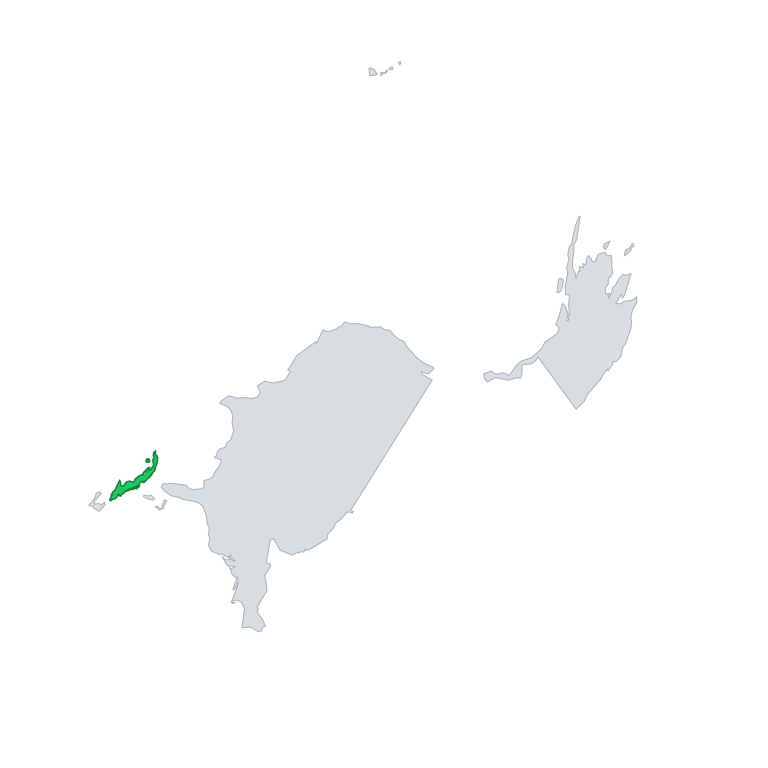 Cuba highlighted among its neighbors, rotated 122°
{"feature_id": "CUB", "entity_name": "Cuba", "entity_type": "country or territory", "adm_level": 0, "iso_a3": "CUB", "parent_name": "North America", "parent_adm1": "", "projection": "natural_earth1", "projection_center": [-79.329, 21.523], "detail": "fine", "context": "with_neighbors", "style": "filled", "palette": "green", "viewbox_px": 768, "rotation_deg": 122, "n_neighbors": 3, "source": "natural_earth", "source_scale": "50m", "svg_char_len": 8318}
<svg xmlns="http://www.w3.org/2000/svg" viewBox="0 0 768 768"><g transform="rotate(122 384 384)"><path d="M355.1,345.2L508.3,345.2L508.6,342.5L510.4,342.5L511.1,346.4L512.8,347.5L522.2,349.1L527.5,351.3L532.0,350.4L540.6,352.2L545.7,350.2L564.9,360.1L565.4,362.0L566.7,362.7L566.4,363.4L569.0,362.9L570.3,365.7L572.7,366.6L572.0,367.9L577.8,371.2L580.0,384.0L574.2,394.7L574.7,396.5L576.7,397.7L598.2,389.1L596.9,384.7L599.5,383.6L610.3,383.6L612.1,380.8L621.2,373.7L640.3,373.6L640.8,371.9L644.9,370.4L648.3,361.6L652.4,356.2L654.3,358.1L658.0,356.9L660.6,358.9L661.0,368.7L666.0,375.1L648.5,383.2L644.7,389.1L644.8,392.9L646.8,396.7L649.2,396.9L648.5,394.3L650.3,395.9L649.9,397.9L633.2,401.0L628.4,403.0L636.9,401.7L638.6,403.1L630.6,405.2L626.9,405.2L627.0,404.4L625.3,406.4L627.0,406.7L625.9,411.9L621.7,417.5L621.3,415.6L618.1,413.4L619.3,417.4L620.8,418.7L620.9,421.4L615.9,430.1L617.1,424.8L614.1,422.0L613.3,416.0L612.2,419.1L613.5,423.7L609.6,422.6L613.7,424.9L614.0,431.9L615.7,432.4L617.2,442.2L613.5,447.6L607.4,449.8L603.6,454.1L600.6,454.6L597.6,457.2L596.7,459.7L590.2,464.4L584.0,472.3L583.0,477.5L584.1,482.5L588.7,494.0L588.7,497.2L591.6,505.6L591.1,513.4L589.6,517.9L587.8,518.8L584.8,517.9L583.8,514.7L581.5,513.0L574.7,498.3L575.9,493.4L574.3,489.4L569.6,483.3L567.3,482.1L561.2,485.5L557.3,481.7L553.5,479.9L546.7,480.8L541.4,480.0L534.3,481.6L535.3,483.6L535.2,486.6L536.4,488.0L535.2,489.0L533.0,487.9L530.7,489.3L526.3,489.0L522.0,485.2L516.7,486.1L512.4,484.4L503.5,486.6L497.8,492.0L491.6,495.2L488.2,498.7L486.7,502.0L486.4,507.0L487.6,513.0L485.2,513.3L476.3,509.4L473.7,500.8L470.3,496.6L465.7,487.3L461.6,484.4L456.7,484.6L452.5,490.3L447.7,488.2L444.7,485.9L441.7,478.1L433.4,470.0L423.1,470.0L422.8,473.0L406.2,473.0L384.3,464.3L385.0,462.9L370.5,464.3L369.9,460.5L366.5,456.3L363.8,455.4L363.4,453.3L360.1,453.0L358.2,451.0L352.8,450.3L351.4,449.1L351.2,445.1L346.4,437.7L342.9,427.6L343.4,425.9L337.5,417.4L337.6,411.5L335.2,407.5L337.4,401.5L338.2,395.3L337.3,389.8L340.7,383.0L344.4,370.0L345.2,360.4L343.7,351.0L344.6,349.6L352.2,352.0L353.9,358.7L355.6,356.8L355.1,345.2ZM303.6,207.7L279.5,267.7L284.4,267.9L288.8,269.7L294.5,277.0L300.8,273.3L306.7,271.1L308.3,274.6L314.7,280.3L319.6,292.9L327.4,297.2L326.4,301.5L322.5,304.8L316.2,300.0L316.4,294.1L311.2,288.6L310.4,282.2L297.2,281.6L291.8,279.7L283.4,272.8L270.8,269.2L263.5,269.7L249.6,263.9L243.4,265.3L242.5,269.9L233.0,271.7L221.2,275.3L222.1,271.4L227.2,264.9L233.5,262.9L232.8,261.2L224.7,264.9L219.3,269.3L209.8,274.0L212.2,277.3L205.3,282.1L192.3,287.0L189.8,290.0L180.0,293.5L177.0,296.6L169.6,299.6L166.1,299.0L148.5,305.6L138.4,307.5L138.1,306.4L158.8,297.3L165.8,296.6L169.6,293.8L178.7,289.7L185.4,286.0L188.5,280.9L192.9,276.9L186.0,278.9L184.9,277.8L180.9,280.2L179.1,276.8L176.6,279.2L176.2,275.9L169.8,278.6L166.6,278.6L168.0,274.6L170.1,272.2L168.0,269.8L160.6,271.1L155.2,266.4L157.1,262.6L154.6,259.8L158.6,256.1L164.6,252.4L168.2,249.1L172.5,248.6L175.4,249.7L181.1,246.5L184.4,247.1L189.3,245.1L189.9,242.2L187.7,241.0L192.7,238.5L183.6,240.0L181.3,241.4L178.2,240.0L170.7,240.7L164.3,239.2L163.7,236.6L159.6,232.9L180.7,227.2L184.7,227.2L182.3,230.3L192.8,230.1L191.0,226.2L186.3,223.8L181.6,218.0L176.2,216.0L180.9,212.8L189.5,212.6L197.2,209.8L200.1,206.8L206.6,203.9L222.1,200.5L226.2,200.9L235.3,197.7L241.6,198.9L243.5,201.7L246.2,200.5L254.0,200.9L252.9,202.3L259.6,203.3L264.7,202.7L285.7,206.0L292.5,205.0L303.6,207.7ZM134.6,245.0L137.0,246.2L140.5,245.5L148.0,248.1L142.6,250.2L138.4,247.6L133.7,248.0L132.9,247.4L134.6,245.0ZM127.1,555.4L130.2,559.5L124.3,563.9L122.9,562.8L122.6,558.1L124.2,556.1L124.4,554.0L127.1,555.4ZM124.0,550.4L121.3,551.8L119.8,549.2L120.5,548.6L124.0,550.4ZM119.8,547.4L119.5,548.2L116.2,547.9L116.8,547.0L119.8,547.4ZM112.5,543.4L114.4,546.3L114.0,546.7L111.5,546.4L110.7,544.4L112.5,543.4ZM104.8,539.8L103.8,542.2L102.0,540.9L103.4,539.6L104.8,539.8ZM149.0,267.2L152.8,267.8L151.9,270.3L148.3,271.4L143.3,268.3L149.0,267.2ZM210.0,283.3L213.3,283.7L214.7,285.8L202.5,291.6L200.5,289.9L201.0,286.7L210.0,283.3Z" fill="#d9dde1" stroke="#a8b0b8" stroke-width="1"/><path d="M643.0,558.0L643.1,564.8L641.6,566.1L643.2,568.2L643.1,570.2L639.0,569.0L632.3,569.0L629.4,570.3L626.1,568.1L626.6,565.7L637.0,567.3L639.2,565.7L636.4,562.5L636.4,559.7L632.5,558.6L633.8,556.6L643.0,558.0Z" fill="#d9dde1" stroke="#a8b0b8" stroke-width="1"/><path d="M598.1,506.3L605.0,505.9L605.2,507.8L598.5,509.0L598.1,506.3ZM605.3,504.5L610.1,507.8L609.1,513.0L608.0,512.0L608.1,508.2L605.3,504.5ZM602.9,517.9L604.8,518.2L606.9,524.2L607.0,528.5L605.5,528.8L603.9,524.6L601.6,522.5L602.9,517.9Z" fill="#d9dde1" stroke="#a8b0b8" stroke-width="1"/><path d="M580.6,532.8L582.2,533.2L583.5,533.1L584.2,532.9L584.1,533.1L584.7,533.6L584.9,533.6L585.7,533.4L587.9,533.3L588.1,533.4L588.5,533.9L589.1,534.2L589.6,534.4L590.2,534.5L590.9,534.4L591.4,534.5L592.1,534.9L592.3,535.0L593.0,534.9L592.8,535.3L593.9,535.9L594.6,537.1L595.2,537.6L595.8,538.1L596.3,538.4L596.9,538.5L598.6,538.5L599.0,538.5L599.4,538.7L599.7,538.7L599.9,538.7L603.3,540.5L604.3,541.6L605.0,542.1L606.4,542.8L607.0,543.0L607.2,542.9L607.2,542.7L606.8,542.3L606.7,542.2L607.2,542.3L608.2,543.1L608.5,543.4L608.9,543.7L609.4,544.0L609.2,544.3L608.8,544.3L608.1,544.2L608.6,544.7L608.8,545.1L609.0,545.2L609.4,544.7L609.7,544.3L610.8,545.3L611.3,545.7L611.2,546.0L611.8,546.0L612.0,546.0L612.5,546.6L613.1,546.7L613.7,546.7L614.9,547.0L616.0,547.7L617.1,547.8L618.2,547.8L618.7,548.2L619.0,548.7L618.7,549.0L618.6,549.4L619.0,549.8L618.1,550.0L618.0,550.3L618.0,550.6L618.7,550.6L619.4,550.7L620.6,550.8L621.3,550.7L622.9,551.0L623.4,551.2L624.3,551.8L624.7,552.1L625.7,553.2L626.5,553.5L627.1,553.6L627.4,553.6L627.6,553.7L627.8,553.8L628.0,554.3L627.9,554.7L627.5,555.1L627.3,555.4L626.3,555.4L624.9,555.5L623.6,555.9L623.0,556.3L622.7,556.5L622.0,556.7L621.9,556.5L621.9,556.3L621.7,555.9L621.6,556.3L621.3,556.5L620.9,556.7L619.3,556.8L618.6,556.5L618.0,556.2L615.5,556.0L615.0,556.1L613.3,556.3L611.7,556.4L611.0,556.5L610.4,556.7L609.0,556.7L607.5,557.0L605.9,557.0L606.9,555.4L609.0,553.8L609.4,553.4L609.7,553.0L609.8,552.7L609.7,552.4L609.2,551.9L609.1,551.5L608.9,551.3L608.2,551.0L607.5,550.9L606.7,550.9L605.1,550.7L604.2,550.7L603.5,550.4L602.2,549.2L601.7,548.8L601.4,548.6L601.1,548.3L600.9,546.5L600.6,545.6L600.2,544.9L599.7,544.3L599.1,544.1L596.9,544.6L596.3,544.5L595.8,544.4L592.4,543.2L591.0,542.6L590.5,542.3L590.0,541.8L589.5,541.1L588.9,540.4L588.9,540.7L588.8,540.9L586.0,541.0L585.5,540.8L585.2,540.6L585.0,540.4L584.9,539.8L584.6,539.4L584.5,539.9L584.4,540.3L584.0,540.5L583.6,540.6L583.0,540.0L580.7,539.9L579.8,539.2L579.1,538.5L579.8,538.3L581.1,537.9L581.4,537.7L581.6,537.4L581.4,537.0L581.2,536.7L580.9,536.5L580.6,536.4L580.2,536.4L575.1,536.3L574.8,536.5L574.3,537.0L573.4,537.6L572.8,538.2L572.6,538.5L572.3,538.7L571.7,539.1L571.1,539.7L570.5,540.0L570.1,539.8L569.8,539.8L569.5,540.0L569.2,540.0L567.9,540.1L567.7,540.3L567.5,540.7L567.3,541.5L567.1,541.8L566.5,541.9L565.8,542.1L564.5,542.9L564.2,543.0L564.3,542.4L564.2,541.9L563.9,541.8L563.5,541.9L563.1,542.1L562.5,542.5L562.2,542.6L561.9,542.4L561.9,542.1L564.0,541.1L564.3,541.0L564.7,541.1L565.0,541.1L565.3,540.8L565.0,539.5L565.1,538.6L565.6,537.9L566.6,536.8L567.1,536.5L571.9,534.3L572.4,534.2L575.6,533.7L576.0,533.6L577.5,532.9L579.0,532.6L580.6,532.8ZM576.1,544.5L575.6,544.9L574.3,545.4L573.7,545.4L573.0,545.2L572.6,544.8L572.3,544.3L572.3,544.1L572.7,544.5L573.1,544.6L573.4,544.5L573.6,544.3L572.9,542.9L573.0,542.6L573.5,541.8L574.9,542.0L575.2,542.1L575.4,542.7L575.7,543.0L576.1,544.1L576.1,544.5ZM600.3,537.3L601.1,537.5L601.4,537.4L601.7,537.3L602.0,537.4L602.4,538.0L602.0,538.1L601.8,538.1L601.5,538.0L600.8,538.0L600.3,537.8L600.0,537.6L599.9,537.4L600.3,537.3ZM606.2,541.7L605.9,541.9L605.7,541.6L605.2,541.4L604.8,541.1L604.7,540.7L605.0,540.7L605.5,540.7L606.4,541.0L606.3,541.4L606.2,541.7ZM604.0,539.3L603.9,539.4L603.5,539.1L603.0,539.0L602.8,538.6L602.5,538.4L602.5,538.2L602.9,538.1L603.2,538.2L603.6,538.5L603.8,539.1L604.0,539.3ZM604.9,540.4L604.7,540.4L604.1,540.1L603.9,539.9L604.1,539.5L604.2,539.2L604.3,539.6L604.8,539.8L605.1,540.3L604.9,540.4ZM595.9,536.5L594.8,536.1L594.3,535.6L594.2,535.5L594.5,535.4L595.7,536.4L595.9,536.5Z" fill="#22c55e" stroke="#15803d" stroke-width="1.5"/></g></svg>